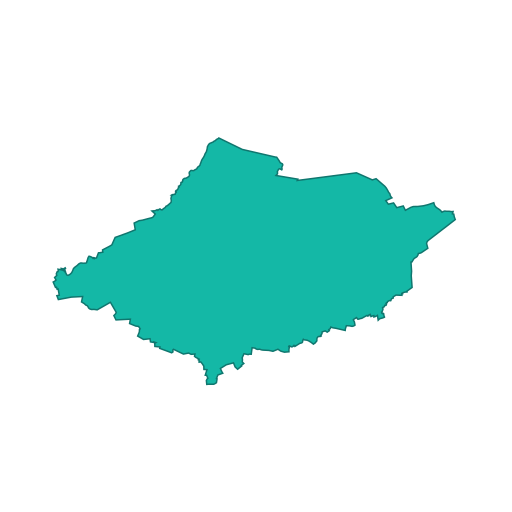 Chimá, Córdoba, Colombia, rotated 58°
{"feature_id": "7082276B67782051899776", "entity_name": "Chimá", "entity_type": "district", "adm_level": 2, "iso_a3": "COL", "parent_name": "Colombia", "parent_adm1": "Córdoba", "projection": "natural_earth1", "projection_center": [-75.666, 9.111], "detail": "fine", "context": "isolated", "style": "filled", "palette": "teal", "viewbox_px": 512, "rotation_deg": 58, "n_neighbors": 0, "source": "geoboundaries", "source_scale": "gbopen_adm2", "svg_char_len": 6123}
<svg xmlns="http://www.w3.org/2000/svg" viewBox="0 0 512 512"><g transform="rotate(58 256 256)"><path d="M325.3,66.1L324.3,67.1L322.7,65.3L321.9,66.8L320.5,68.4L318.9,70.9L317.9,72.1L317.5,73.6L317.4,75.1L315.5,75.3L314.1,75.7L310.5,77.3L308.7,77.7L307.2,77.6L305.0,77.0L303.6,83.0L302.1,87.5L299.7,92.6L297.4,96.4L296.8,98.9L296.4,105.1L291.6,104.6L289.6,111.0L283.9,111.2L282.2,116.3L277.8,116.6L278.7,109.9L277.6,110.1L275.9,110.1L274.5,109.6L273.9,109.5L272.4,109.8L270.6,109.6L267.4,109.5L265.1,109.8L254.1,113.2L253.1,117.0L238.7,126.7L213.8,181.0L213.0,179.8L198.3,196.4L197.7,194.3L197.0,193.7L195.9,193.4L194.6,191.3L194.4,190.7L194.5,189.9L194.6,189.6L196.4,188.6L196.6,188.5L196.5,188.2L195.8,187.7L194.3,187.0L193.3,185.4L192.7,184.9L191.8,184.8L189.7,186.0L187.5,185.9L183.2,186.1L182.3,187.2L158.3,211.2L136.2,225.0L136.4,225.8L136.2,227.8L136.6,229.4L136.4,230.8L136.6,231.9L136.0,235.7L136.3,237.0L137.5,239.2L139.4,240.8L141.3,242.9L142.4,245.1L143.5,246.5L144.4,248.0L145.6,250.6L146.5,252.0L147.7,253.4L148.5,254.6L149.3,255.4L149.6,256.5L149.7,258.1L150.1,259.2L150.6,259.7L150.7,260.6L150.5,261.9L150.6,263.5L150.2,264.3L149.2,265.4L149.0,266.0L149.6,268.2L150.6,268.9L152.1,269.4L153.0,270.7L153.0,273.4L152.9,274.1L152.2,275.7L152.4,277.4L153.2,278.3L153.5,278.3L153.9,279.0L154.2,279.2L154.2,279.9L153.9,280.3L153.9,280.7L155.3,281.7L155.7,282.3L155.9,284.0L155.7,285.3L156.0,284.9L156.7,284.7L156.9,285.6L157.6,286.4L158.2,287.5L158.1,288.9L158.4,289.9L158.7,290.0L159.2,289.6L159.6,289.7L159.8,290.0L159.9,291.0L160.8,291.9L159.6,294.5L159.6,295.4L160.1,294.9L160.1,295.5L162.1,297.6L164.0,298.4L165.3,299.4L165.6,300.0L166.2,303.6L166.3,304.9L166.1,305.9L166.6,306.9L166.8,307.7L166.8,309.7L167.2,310.8L166.8,311.7L166.1,312.2L165.4,312.3L165.1,312.7L165.1,314.1L165.2,315.0L164.4,315.0L164.4,314.7L164.2,317.1L163.8,318.4L163.3,319.1L162.7,320.4L167.0,319.2L168.4,322.6L168.4,323.9L167.3,327.2L165.4,333.4L164.1,336.4L163.5,341.9L169.8,344.5L168.3,353.1L165.6,365.6L170.2,372.4L170.1,375.4L169.5,382.9L171.6,383.9L170.8,385.8L170.6,386.5L169.8,387.9L173.1,392.3L172.8,392.9L172.5,394.3L172.6,394.5L172.2,394.8L171.7,394.2L171.3,394.6L171.5,395.5L170.4,395.7L168.9,396.6L167.7,397.7L168.3,399.1L170.1,401.2L170.7,401.6L170.8,402.2L171.8,403.1L171.9,403.9L171.7,404.4L170.4,406.6L169.5,407.6L168.9,408.7L168.8,410.5L169.3,412.8L169.5,415.6L169.9,417.4L171.4,419.4L172.5,421.2L172.8,422.5L173.0,423.8L172.8,425.7L171.9,426.4L171.5,426.5L169.3,426.2L169.2,426.4L168.4,426.4L167.9,426.2L168.0,425.8L167.5,425.7L165.8,425.5L165.7,424.2L164.9,424.1L164.9,426.3L163.7,427.3L163.3,427.8L163.9,428.0L165.7,426.3L165.8,426.0L166.5,426.2L166.5,426.6L166.7,426.8L165.6,427.4L163.6,429.4L162.3,430.9L163.2,431.2L164.3,432.1L164.0,433.0L165.3,434.8L166.9,435.2L167.5,438.2L170.4,438.3L170.7,440.1L170.6,441.8L176.4,442.7L176.8,441.7L178.8,442.3L179.1,441.3L185.0,443.6L184.1,445.9L188.2,446.7L193.0,434.4L198.5,424.5L202.5,428.3L205.5,426.8L207.3,426.4L208.6,425.5L209.5,425.3L211.2,425.5L212.1,425.3L213.0,424.9L214.3,423.7L215.4,421.7L217.5,419.2L218.1,404.0L229.7,404.4L230.6,405.7L231.2,408.1L236.0,408.6L243.0,396.0L246.3,399.0L251.7,395.1L253.5,392.9L256.4,392.8L256.6,393.8L258.2,394.9L258.9,395.6L261.2,398.8L267.2,395.6L270.0,389.7L272.9,391.0L275.0,388.7L274.6,388.3L276.4,386.8L276.3,388.1L279.1,389.7L282.3,385.6L283.3,386.6L293.4,378.8L293.3,377.2L292.5,376.9L291.8,376.4L291.4,375.9L291.4,375.4L300.7,369.5L302.6,364.6L305.0,363.1L306.8,359.7L308.4,361.3L309.8,360.9L313.3,358.9L313.5,359.8L314.0,359.4L315.9,360.5L316.5,359.0L318.4,358.7L321.7,358.6L324.6,360.3L326.4,357.8L330.2,362.2L331.0,361.1L334.2,361.6L334.4,362.6L335.3,364.1L338.8,365.8L339.7,364.0L342.3,359.9L342.5,359.0L342.5,356.7L339.5,354.1L339.0,354.5L336.7,351.4L337.8,346.3L336.2,346.3L332.5,345.8L332.5,338.8L334.7,331.7L339.0,332.5L342.3,331.6L341.7,326.5L341.0,326.5L340.7,323.3L338.6,323.8L337.0,322.6L336.2,322.1L335.1,321.8L332.5,318.0L335.5,314.9L335.6,314.0L335.9,313.3L336.8,312.1L331.7,307.9L333.8,305.5L334.9,305.2L336.1,304.1L336.9,302.4L337.8,301.6L338.2,301.4L339.3,300.2L342.9,295.1L345.8,292.1L346.7,286.8L349.8,285.4L352.6,282.9L354.7,278.8L353.0,277.8L352.0,277.0L350.9,275.8L350.2,276.3L349.9,275.9L350.2,275.6L350.0,275.3L350.2,275.1L352.1,273.8L352.3,273.0L352.2,272.5L352.4,271.7L352.0,271.7L351.9,271.2L352.7,271.2L352.9,270.4L353.3,270.6L353.3,265.1L353.7,264.0L353.9,262.9L353.6,262.1L352.5,261.2L351.7,260.0L352.6,259.6L354.5,257.3L355.9,256.3L358.3,255.1L361.2,254.0L361.1,253.1L361.1,251.8L360.7,250.9L360.4,249.7L360.1,249.3L358.4,248.2L358.0,247.8L357.3,246.2L357.3,245.9L358.3,244.1L358.5,243.7L358.4,243.1L357.6,243.2L357.3,242.2L356.8,241.2L355.4,240.1L356.2,237.0L358.3,236.0L358.2,233.4L357.0,233.3L357.0,232.0L356.8,231.3L355.9,230.2L357.6,228.9L359.6,226.6L366.4,219.8L365.1,218.8L363.0,216.3L364.8,213.7L366.6,211.8L367.1,210.3L367.1,208.7L364.1,207.5L361.9,207.3L361.5,207.1L361.5,203.4L363.5,203.2L363.9,202.6L364.5,200.2L364.9,199.4L365.2,193.5L366.0,193.3L366.3,192.4L366.4,192.1L365.9,192.0L366.0,190.1L368.3,190.6L368.7,188.4L369.0,187.6L370.2,188.3L370.6,186.8L370.7,184.5L375.2,186.4L374.8,184.7L374.8,184.2L375.7,181.3L376.0,179.5L375.6,179.3L374.8,179.3L373.6,178.7L372.8,178.9L372.5,178.3L372.3,178.3L371.4,179.5L371.0,179.6L370.6,179.1L370.2,179.3L370.0,179.2L370.0,178.5L368.6,176.7L367.9,176.3L367.1,176.2L366.8,176.0L367.0,174.3L366.1,173.0L366.1,172.7L366.7,172.2L366.7,171.8L366.0,170.9L365.1,170.9L364.8,170.1L365.1,169.8L365.1,169.4L364.4,168.6L364.4,166.6L365.2,165.7L365.3,165.3L364.4,164.3L364.1,163.7L364.1,163.1L364.4,162.5L364.4,162.0L363.7,161.5L363.4,161.4L363.3,159.9L363.4,157.9L366.2,153.8L366.3,153.1L366.6,153.0L366.5,152.8L365.6,152.6L365.1,152.3L365.6,151.6L365.0,151.4L365.2,149.9L365.8,148.2L366.2,147.7L366.5,146.9L365.9,146.8L365.8,146.6L365.4,140.3L355.0,134.8L351.5,132.2L343.3,127.8L343.7,127.0L342.2,124.0L341.9,123.1L341.9,120.3L341.7,119.5L340.9,118.0L339.9,117.0L340.5,115.6L340.8,114.0L340.5,106.2L336.3,104.9L335.8,104.7L334.8,103.7L334.1,102.0L330.7,67.7L327.8,67.1L325.3,66.1Z" fill="#14b8a6" stroke="#0f766e" stroke-width="1.5"/></g></svg>